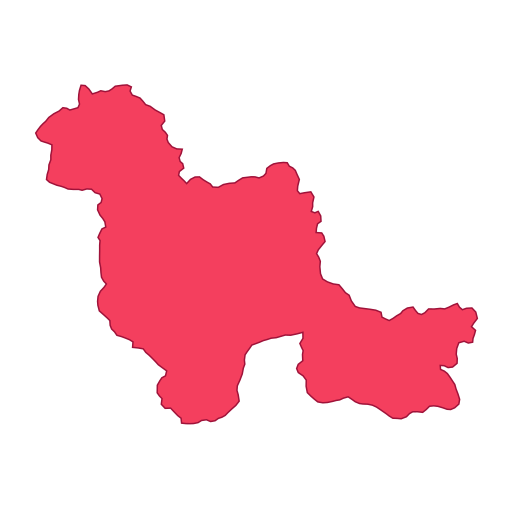 Jampruca, Minas Gerais, Brazil (Albers equal-area conic projection), rotated 181°
{"feature_id": "56859067B52389882389753", "entity_name": "Jampruca", "entity_type": "district", "adm_level": 2, "iso_a3": "BRA", "parent_name": "Brazil", "parent_adm1": "Minas Gerais", "projection": "albers", "projection_center": [-41.751, -18.479], "detail": "fine", "context": "isolated", "style": "filled", "palette": "rose", "viewbox_px": 512, "rotation_deg": 181, "n_neighbors": 0, "source": "geoboundaries", "source_scale": "gbopen_adm2", "svg_char_len": 4412}
<svg xmlns="http://www.w3.org/2000/svg" viewBox="0 0 512 512"><g transform="rotate(181 256 256)"><path d="M116.4,96.2L112.0,96.1L108.0,95.8L102.8,97.9L99.8,101.1L96.6,103.0L91.7,103.1L86.6,102.6L83.1,105.5L79.9,108.8L75.7,109.3L71.6,108.9L66.5,107.5L62.3,106.1L58.7,105.9L54.7,107.7L50.6,111.5L49.9,116.2L51.6,121.4L53.7,126.6L55.0,131.0L57.4,134.5L59.7,137.9L62.6,141.8L65.7,144.2L69.5,145.8L69.9,149.8L65.9,149.6L62.0,147.8L57.5,148.4L53.1,152.2L53.0,157.0L54.1,161.3L53.7,167.0L51.7,172.8L46.4,174.4L42.2,172.7L37.9,173.6L37.6,177.3L36.2,181.4L35.2,185.5L39.3,189.1L37.1,192.7L33.6,197.4L35.3,203.8L39.2,207.8L44.7,207.4L48.7,205.9L51.7,208.4L53.9,212.0L57.6,210.6L62.2,208.2L66.4,206.4L70.9,206.8L76.9,206.1L82.5,206.1L86.2,202.2L89.5,200.4L93.1,201.4L95.6,204.3L98.1,207.7L103.8,206.6L108.2,203.8L110.4,201.0L114.4,198.6L117.9,196.0L121.7,193.8L125.6,195.4L129.0,197.1L130.0,201.9L135.3,203.9L140.9,204.7L146.2,205.3L151.7,205.9L155.9,207.3L159.9,212.8L162.2,218.4L166.0,220.9L169.0,224.6L172.6,228.7L178.3,229.4L184.2,231.4L189.0,234.2L191.2,239.4L192.0,246.4L191.6,251.8L193.3,256.0L195.5,259.4L193.8,263.3L190.8,267.2L187.2,271.7L188.5,276.9L190.7,280.2L196.3,280.5L196.0,284.9L195.0,289.3L191.6,291.8L192.0,297.2L194.6,301.7L197.9,300.2L201.5,301.5L200.2,306.3L200.3,310.1L199.1,316.0L202.3,321.1L208.6,320.1L213.3,319.1L215.8,322.0L215.5,326.6L214.0,333.3L216.6,338.7L218.2,342.3L220.8,344.7L224.3,346.4L226.4,349.8L230.2,350.0L235.4,349.4L240.0,348.4L243.2,346.6L246.7,343.8L247.5,338.8L249.9,336.1L254.3,334.1L258.4,335.1L262.2,335.1L266.3,334.5L270.7,333.9L274.8,331.3L278.4,328.7L284.0,328.2L289.8,326.9L294.9,324.0L300.5,324.2L303.0,327.3L306.2,329.0L310.1,331.3L313.9,334.1L318.3,333.9L322.8,331.5L326.6,327.2L329.2,329.9L331.8,332.3L334.8,335.3L334.1,339.1L329.8,342.6L330.9,347.0L333.5,349.2L334.6,353.0L332.6,357.3L331.6,361.5L337.1,361.7L341.9,363.7L345.7,367.9L347.1,371.3L346.6,375.0L348.8,378.1L351.9,380.9L353.0,384.9L349.6,389.3L350.6,395.6L354.3,397.6L359.3,400.2L364.4,403.8L369.0,405.4L371.8,408.8L374.7,411.9L378.8,413.5L382.5,414.7L384.8,418.7L383.6,422.9L387.8,424.8L392.6,424.4L399.7,423.3L402.9,420.5L405.9,418.5L409.6,417.7L414.1,418.5L417.4,416.9L422.5,415.2L426.1,420.1L429.8,423.4L433.9,423.7L435.4,418.5L436.0,414.4L436.2,409.4L435.1,404.8L436.6,401.2L440.7,399.9L444.7,398.7L447.8,400.4L451.7,400.9L455.4,397.5L460.6,394.7L465.6,390.9L468.6,387.0L471.2,384.6L473.7,381.9L476.2,378.5L478.4,375.1L476.3,370.5L473.0,367.3L469.5,366.2L466.0,365.2L462.0,363.6L462.0,358.6L462.9,353.2L462.8,348.7L464.6,343.5L464.8,338.8L466.2,333.8L466.8,328.8L463.7,326.1L459.8,324.6L456.4,323.3L452.0,322.3L448.6,321.2L445.1,319.7L439.6,319.4L434.4,319.5L431.0,318.7L426.4,320.1L421.6,319.9L418.0,316.5L413.2,315.2L410.9,310.7L411.8,306.8L415.0,304.3L415.2,299.4L412.7,294.2L409.9,290.9L407.7,287.5L406.7,282.3L410.5,280.4L412.6,276.0L414.3,271.8L412.2,268.7L412.5,264.1L412.4,258.5L412.4,253.2L412.3,247.3L411.1,241.5L410.7,236.5L410.1,232.1L407.9,228.3L405.1,225.4L407.4,222.0L411.0,218.0L413.2,212.9L413.6,207.9L413.2,203.9L411.7,198.4L406.8,194.2L403.6,191.4L401.0,188.9L400.6,184.1L399.1,180.5L396.1,177.7L393.7,174.3L389.1,173.1L385.4,171.8L381.0,170.1L377.5,168.0L377.8,162.5L372.0,162.0L367.1,161.2L364.5,157.7L361.2,155.0L357.5,151.5L354.4,148.4L351.8,145.6L347.3,142.4L343.3,139.6L344.4,134.6L348.0,132.6L350.0,129.5L352.4,125.1L352.4,121.2L352.4,117.5L350.1,114.4L347.5,111.8L348.1,106.1L344.2,102.1L338.7,102.4L335.3,98.9L331.5,95.1L328.1,92.5L327.5,87.6L323.0,87.2L319.2,87.2L315.5,87.4L311.0,88.4L307.6,90.6L302.7,91.4L298.5,89.7L294.0,90.6L290.8,93.0L287.3,94.2L284.0,96.1L281.4,98.9L277.7,102.5L273.6,106.2L270.3,110.6L271.4,117.0L272.7,121.3L272.4,125.9L269.9,131.7L267.7,137.8L266.7,143.7L265.3,147.7L265.8,151.8L265.2,157.0L263.1,160.3L260.9,163.4L258.6,166.9L255.2,168.2L251.1,169.8L247.1,171.6L243.4,172.7L239.4,174.1L234.3,174.7L229.8,176.1L225.3,177.5L220.0,177.4L213.5,178.9L207.8,180.5L207.6,174.5L210.6,169.3L208.9,165.5L207.2,162.2L207.8,158.3L207.4,152.1L211.9,148.4L213.4,144.2L211.7,140.2L206.8,137.0L203.6,132.8L203.6,126.6L202.3,120.3L198.5,116.7L195.3,114.0L191.7,111.2L186.6,110.4L182.0,110.8L176.8,112.0L173.3,113.0L169.8,113.6L166.1,115.4L161.4,116.8L157.2,114.1L154.2,112.0L149.9,110.3L146.5,109.9L141.7,109.8L137.0,108.9L132.9,107.1L129.5,104.9L126.2,102.7L122.9,100.5L120.1,98.4L116.4,96.2Z" fill="#f43f5e" stroke="#9f1239" stroke-width="1.5"/></g></svg>